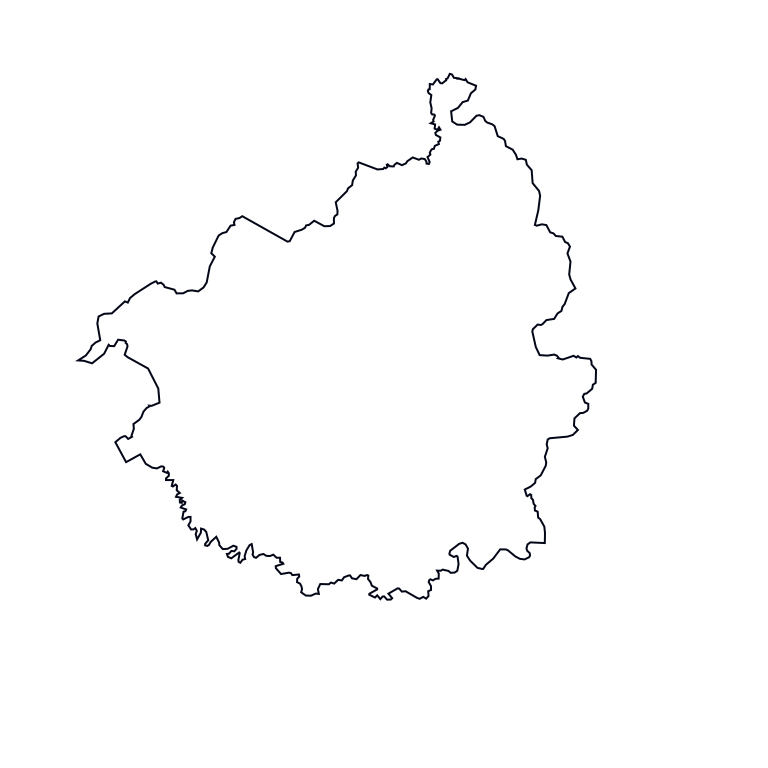 the district of Comoe, Komoé, Burkina Faso, rotated 323°
{"feature_id": "67063806B6461887322435", "entity_name": "Comoe", "entity_type": "district", "adm_level": 2, "iso_a3": "BFA", "parent_name": "Burkina Faso", "parent_adm1": "Komoé", "projection": "orthographic", "projection_center": [-4.497, 10.243], "detail": "fine", "context": "isolated", "style": "outline", "palette": "ink", "viewbox_px": 768, "rotation_deg": 323, "n_neighbors": 0, "source": "geoboundaries", "source_scale": "gbopen_adm2", "svg_char_len": 6166}
<svg xmlns="http://www.w3.org/2000/svg" viewBox="0 0 768 768"><g transform="rotate(323 384 384)"><path d="M623.2,175.9L618.7,178.2L617.0,177.8L616.5,178.8L611.4,178.9L610.1,177.7L610.3,173.0L609.5,172.4L603.3,174.2L601.1,172.0L597.9,176.1L596.8,175.5L595.3,176.4L594.7,178.6L595.7,181.7L590.4,187.0L588.0,192.4L584.7,196.0L584.7,197.7L586.4,199.2L586.0,200.5L582.2,202.6L581.6,204.2L578.3,203.9L581.0,207.5L578.1,210.5L579.7,213.2L582.4,212.1L582.1,214.9L579.2,214.0L576.1,214.3L575.3,216.3L577.4,221.0L575.1,223.4L573.2,223.2L572.2,225.4L567.9,224.4L565.3,226.2L563.7,225.3L561.7,225.8L559.7,226.9L559.1,228.7L555.3,229.0L554.1,234.2L552.2,235.3L550.6,233.5L551.7,232.0L551.9,228.9L549.6,226.4L546.8,225.9L543.3,220.4L536.8,220.1L534.2,221.0L530.0,220.0L527.4,215.2L524.3,215.2L522.7,216.1L519.8,213.7L519.1,210.7L518.1,210.6L517.4,212.7L515.2,212.8L514.5,211.4L512.7,211.8L507.9,208.7L497.2,191.8L495.7,191.9L493.5,195.7L489.1,197.5L487.2,200.5L481.6,202.7L478.2,206.0L473.1,206.1L470.4,207.7L454.8,209.8L451.2,217.6L448.8,220.5L445.9,220.3L443.8,221.4L440.6,225.7L436.0,225.4L431.3,222.1L426.5,211.6L419.9,211.8L417.3,210.5L414.9,211.7L411.2,211.3L404.1,208.8L394.7,213.2L392.6,212.2L371.8,164.7L368.5,164.5L364.8,162.8L361.5,164.5L360.3,167.0L356.8,165.2L349.6,167.8L345.5,166.2L341.3,165.9L329.5,171.9L324.8,175.6L325.5,180.5L315.7,185.2L303.5,196.2L298.0,198.3L291.3,198.2L287.1,193.8L283.3,191.5L278.2,190.7L272.9,186.8L273.4,182.6L267.2,174.6L267.7,172.3L266.9,168.9L263.7,167.6L264.0,165.1L263.2,164.5L258.3,163.6L239.1,162.2L232.9,162.5L228.4,164.8L226.8,162.1L209.1,163.8L202.7,159.5L196.7,158.3L191.5,163.1L183.7,178.3L178.7,177.3L173.5,177.7L170.6,179.7L163.1,181.8L153.9,181.1L158.4,185.0L163.3,191.8L178.7,191.4L187.7,187.0L188.0,188.7L191.3,191.4L198.3,188.6L202.8,193.0L203.4,194.8L202.4,195.7L202.8,197.6L201.7,199.7L194.5,204.6L195.4,208.3L204.9,229.7L201.0,251.8L193.5,263.8L185.3,261.6L183.6,260.1L183.6,260.8L180.0,260.3L175.3,261.3L170.5,264.3L167.0,265.3L159.8,265.2L157.3,269.2L151.0,273.5L151.0,274.5L146.6,273.9L146.2,270.2L145.1,269.3L141.2,268.4L134.4,268.8L131.0,291.2L147.0,293.5L145.7,304.4L148.6,311.4L151.9,314.8L156.6,315.7L158.1,317.3L158.0,318.8L155.1,320.7L157.2,324.4L158.5,323.9L158.4,325.9L156.9,327.8L153.1,328.2L152.1,329.5L157.9,333.9L153.1,337.7L153.7,338.8L157.1,338.9L157.4,340.7L154.5,344.2L155.3,348.1L152.4,347.7L150.0,348.9L154.2,353.4L151.2,353.6L149.7,355.8L151.0,357.2L152.7,355.6L154.2,358.9L152.5,360.1L149.5,359.4L147.3,360.3L150.5,365.1L148.8,366.1L147.1,365.3L142.0,370.0L142.1,371.3L147.7,372.4L149.5,373.7L146.8,377.3L142.7,379.1L142.4,384.1L144.4,385.5L146.6,385.5L146.1,388.7L143.3,390.5L141.2,395.6L148.2,392.6L150.9,389.4L152.8,392.1L153.0,395.2L149.6,403.0L145.1,404.0L144.0,405.2L145.5,407.0L147.3,407.2L150.6,405.8L158.1,405.1L156.9,411.3L155.5,413.7L155.9,418.8L159.9,421.5L166.4,422.5L168.2,425.3L166.9,427.0L163.7,427.5L161.7,425.5L158.0,426.2L156.3,425.2L155.3,428.1L157.1,431.3L166.9,431.4L167.0,432.2L161.6,437.1L160.9,438.7L161.7,440.3L165.3,439.2L167.8,440.2L169.1,437.6L173.9,434.1L179.7,431.8L182.0,432.2L178.2,439.6L176.4,441.1L176.0,443.9L177.2,445.8L181.7,445.6L185.4,447.2L186.6,450.4L189.3,452.7L192.9,453.7L193.6,458.0L196.4,460.2L194.0,463.6L195.5,465.5L195.4,467.0L187.9,464.3L186.8,466.1L187.4,473.8L194.6,477.5L195.8,478.9L195.8,481.5L201.4,484.9L200.4,486.8L197.5,487.3L195.3,489.9L196.8,492.9L196.4,495.5L195.2,498.4L192.5,500.5L194.2,505.8L198.2,509.1L203.4,510.3L205.6,512.4L207.8,508.0L212.7,505.4L219.4,510.7L222.2,510.7L224.1,513.4L229.5,512.8L232.1,515.5L235.9,514.3L240.9,515.8L241.7,516.4L241.5,520.0L244.6,523.3L250.2,522.4L253.0,525.6L255.5,526.4L256.2,527.5L253.9,530.1L254.0,534.0L252.9,537.8L255.5,543.2L254.8,543.9L246.1,542.7L245.4,543.4L248.3,549.1L251.4,548.7L251.6,553.6L255.0,552.9L256.3,553.7L256.7,558.1L259.6,560.2L261.6,560.0L261.4,554.1L271.9,555.4L273.0,556.5L273.3,560.5L276.5,562.5L281.7,574.8L283.2,577.0L287.2,577.6L288.5,580.8L292.0,580.1L294.6,576.1L297.6,576.8L299.9,573.7L300.5,569.0L302.1,567.9L303.5,567.9L304.9,570.3L307.9,570.6L310.5,572.3L313.7,568.3L314.1,565.0L317.0,567.3L319.1,567.5L323.0,572.1L323.6,574.9L326.9,577.1L330.1,577.3L335.2,572.7L338.9,566.0L338.4,564.9L335.7,564.2L333.7,559.8L334.2,558.8L336.5,557.0L347.9,556.9L351.2,558.1L352.6,561.2L352.0,566.0L346.9,571.0L346.5,577.0L348.0,587.1L350.9,590.6L351.8,591.4L356.7,589.7L366.1,589.2L377.3,586.0L381.8,589.5L382.9,591.5L385.1,600.7L387.3,605.4L390.7,608.7L395.6,609.7L397.4,608.9L398.6,606.7L398.0,603.4L398.8,601.1L402.1,598.5L405.6,598.6L416.7,607.8L422.9,599.9L426.2,594.4L427.4,585.8L426.7,583.5L429.9,578.4L428.4,575.9L430.1,573.2L431.6,572.6L431.4,569.8L433.3,566.0L432.9,564.1L434.8,561.1L434.3,559.9L431.0,559.9L430.7,559.1L432.9,553.0L439.4,554.2L445.2,553.9L447.9,551.3L454.2,551.3L464.0,546.6L466.5,544.1L468.6,539.0L476.1,533.8L477.6,530.1L481.3,526.9L483.6,527.0L498.8,536.4L504.1,538.3L511.2,537.4L510.6,531.6L515.4,526.1L522.9,525.2L525.8,527.0L530.1,527.6L532.4,526.5L535.2,522.8L533.3,519.7L535.1,513.8L538.0,512.4L540.2,513.5L547.4,513.1L550.4,510.3L553.7,510.5L561.9,500.3L561.5,493.4L563.4,490.6L563.8,488.0L556.4,481.1L555.7,478.4L553.6,478.6L552.4,475.6L541.5,472.0L538.5,468.3L539.2,468.3L539.1,465.4L537.6,462.9L531.6,459.7L525.7,454.6L527.5,445.8L534.0,431.4L535.9,429.8L542.5,429.0L544.7,431.2L546.5,431.6L552.2,430.7L559.1,434.4L565.0,432.1L569.7,432.4L573.1,429.7L576.4,428.9L586.3,422.6L594.4,422.9L595.9,412.8L597.8,408.0L606.6,398.5L609.1,390.1L615.2,386.2L615.6,382.2L614.1,379.6L615.1,373.7L610.3,369.2L610.0,365.7L608.0,362.9L609.3,354.8L606.2,351.5L601.3,349.5L600.2,347.8L611.7,338.2L622.0,327.6L624.0,323.1L623.6,313.0L630.6,302.1L630.1,294.8L632.2,290.3L629.6,286.8L625.8,284.8L627.3,280.5L627.8,274.3L624.5,267.4L626.9,262.8L627.1,260.3L624.0,254.5L627.5,244.6L626.7,241.7L623.7,237.2L623.2,234.8L624.2,230.5L622.0,226.8L619.4,225.4L610.2,226.8L604.4,225.6L598.5,220.9L596.5,215.4L601.7,206.6L609.3,208.0L616.4,206.2L621.5,208.1L628.4,204.1L634.2,203.8L637.0,201.2L632.3,193.3L632.7,189.6L631.2,189.8L627.0,184.6L625.4,184.0L626.7,184.0L624.1,181.5L624.6,177.8L623.2,175.9Z" fill="none" stroke="#020617" stroke-width="2"/></g></svg>